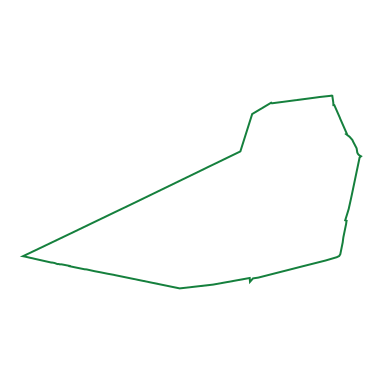 outline of Seda, Strencu, Latvia
{"feature_id": "27541924B58603814408660", "entity_name": "Seda", "entity_type": "district", "adm_level": 2, "iso_a3": "LVA", "parent_name": "Latvia", "parent_adm1": "Strencu", "projection": "robinson", "projection_center": [25.749, 57.654], "detail": "fine", "context": "isolated", "style": "outline", "palette": "green", "viewbox_px": 384, "rotation_deg": 0, "n_neighbors": 0, "source": "geoboundaries", "source_scale": "gbopen_adm2", "svg_char_len": 1154}
<svg xmlns="http://www.w3.org/2000/svg" viewBox="0 0 384 384"><path d="M250.0,281.8L253.0,278.4L258.3,277.6L283.0,271.3L286.2,270.5L301.8,266.5L325.6,260.5L336.8,257.2L339.2,256.0L340.3,254.2L342.7,242.4L343.1,239.2L343.4,237.1L346.1,224.0L346.3,222.5L346.5,221.2L346.6,220.8L345.2,220.3L346.9,214.9L348.7,209.0L351.0,198.6L351.9,194.4L354.8,180.5L359.6,157.5L361.0,156.3L359.9,155.7L358.7,154.8L357.9,153.8L357.3,152.6L356.6,148.3L353.2,141.8L352.4,140.0L349.7,136.9L346.1,134.1L346.8,133.7L340.2,118.7L339.8,117.6L334.3,105.1L333.4,105.1L333.3,102.7L332.3,95.8L331.8,95.6L329.9,95.9L319.7,97.0L315.4,97.6L271.9,103.3L271.2,102.7L252.2,114.0L240.4,151.3L240.0,151.6L210.2,166.0L207.5,167.3L205.9,168.1L205.1,168.5L130.7,204.6L114.6,212.3L67.4,235.0L23.0,256.2L25.1,256.6L27.2,257.1L28.9,257.5L30.6,257.9L32.6,258.3L34.6,258.8L51.5,262.6L51.9,262.5L54.6,263.0L56.9,263.9L57.7,264.1L58.7,264.0L59.9,264.4L61.0,264.3L61.8,264.4L63.4,264.7L69.6,265.9L69.5,266.2L74.3,267.2L84.7,269.3L86.5,269.4L94.6,271.2L101.0,272.4L107.4,273.7L113.6,274.8L115.3,275.2L179.7,288.4L213.1,284.6L249.7,278.0L250.0,281.8Z" fill="none" stroke="#15803d" stroke-width="2"/></svg>